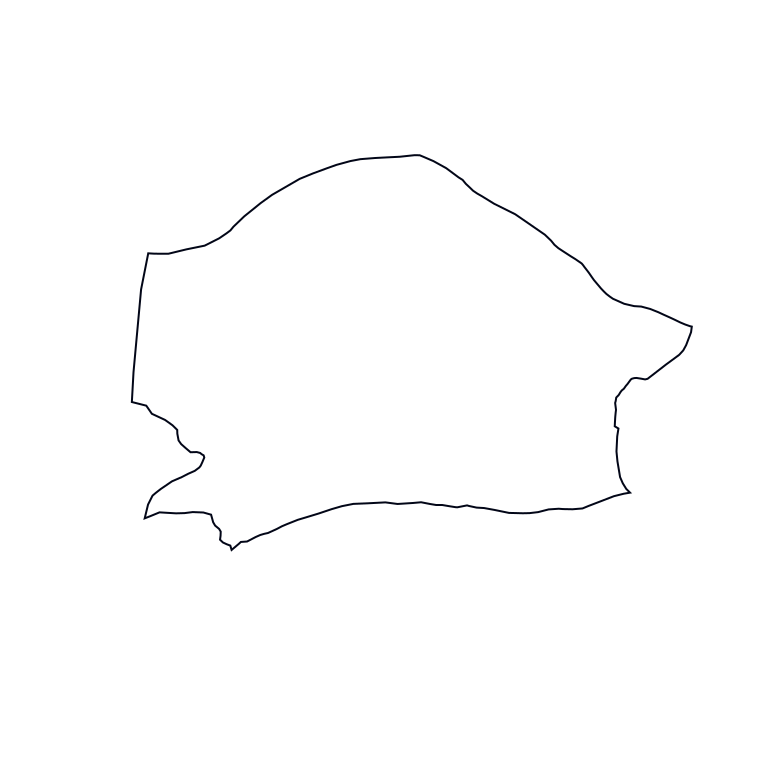 Kaysone Phomvihane, Savannakhét, Laos (Mercator projection), rotated 115°
{"feature_id": "54806243B84595841762541", "entity_name": "Kaysone Phomvihane", "entity_type": "district", "adm_level": 2, "iso_a3": "LAO", "parent_name": "Laos", "parent_adm1": "Savannakhét", "projection": "mercator", "projection_center": [104.87, 16.59], "detail": "fine", "context": "isolated", "style": "outline", "palette": "ink", "viewbox_px": 768, "rotation_deg": 115, "n_neighbors": 0, "source": "geoboundaries", "source_scale": "gbopen_adm2", "svg_char_len": 2626}
<svg xmlns="http://www.w3.org/2000/svg" viewBox="0 0 768 768"><g transform="rotate(115 384 384)"><path d="M598.8,452.0L590.2,448.0L587.7,447.0L587.6,446.9L584.6,441.5L577.0,435.7L573.1,432.3L570.3,429.1L568.1,426.2L560.6,419.8L556.1,416.4L552.2,412.9L543.5,404.7L537.9,398.4L529.1,388.6L519.5,378.5L512.5,370.5L505.6,361.1L499.2,348.7L490.7,332.7L487.0,321.0L479.5,307.3L475.5,300.4L473.3,291.6L471.6,285.5L469.0,279.9L467.1,273.0L465.4,267.1L464.8,265.5L458.9,257.4L458.7,255.9L458.6,255.3L456.9,247.9L454.1,240.8L451.4,230.5L448.0,216.2L445.8,211.2L442.5,203.6L439.5,197.5L435.0,190.2L428.1,181.8L423.2,172.9L421.7,168.9L417.8,160.1L412.9,151.5L408.0,147.0L399.1,138.4L388.5,128.2L382.1,120.3L378.5,115.1L376.7,120.1L373.1,125.6L368.6,130.7L355.5,139.7L346.9,144.8L332.9,150.5L325.3,152.7L324.8,157.0L320.4,158.8L316.1,160.5L311.9,162.0L309.4,162.8L306.2,164.8L303.5,166.5L301.6,166.8L298.1,167.8L294.7,166.6L291.7,166.3L289.4,165.8L286.9,164.6L283.5,164.0L281.1,163.3L278.0,162.7L275.6,162.2L274.4,161.5L272.9,159.7L271.8,157.7L270.5,153.2L269.5,149.3L267.9,147.3L247.3,136.7L232.8,128.8L227.1,127.0L221.1,126.6L207.3,127.6L201.9,129.3L202.3,131.2L202.8,136.2L203.0,141.5L202.9,147.6L202.9,152.6L203.0,160.0L203.0,165.7L203.5,174.5L205.1,183.6L207.7,190.2L209.8,200.2L210.0,212.5L209.3,216.5L208.4,220.5L207.2,223.9L205.7,227.7L203.1,233.3L201.1,237.6L199.0,241.3L196.7,245.2L194.7,249.0L192.9,252.5L192.4,253.3L191.3,255.6L191.2,255.9L189.9,263.7L189.3,268.8L187.9,278.7L187.2,283.4L185.8,288.4L183.5,293.1L180.7,301.3L174.7,336.8L174.1,360.3L172.4,375.0L172.0,379.9L171.2,384.9L169.5,389.8L168.0,394.4L165.8,399.0L165.2,403.8L162.1,418.8L161.1,433.3L161.4,443.5L161.6,448.3L163.7,453.0L171.4,465.8L176.1,474.7L182.9,487.5L190.2,500.4L196.1,508.6L205.5,519.7L212.5,526.8L223.2,537.4L233.7,547.1L259.9,565.4L272.1,572.2L291.1,581.5L305.0,586.9L309.7,588.1L314.0,590.4L321.7,595.0L334.4,605.0L345.5,620.0L357.1,634.5L362.9,647.1L365.2,652.9L401.0,644.1L479.2,616.0L506.9,604.9L504.1,590.3L509.1,581.8L509.1,574.5L509.1,567.2L510.8,558.2L513.0,552.0L516.4,550.3L522.0,546.3L524.2,542.4L525.9,536.7L527.6,530.5L524.8,524.9L524.2,521.5L524.7,519.6L524.9,517.3L526.6,515.8L531.8,515.6L535.5,515.6L537.7,516.1L542.7,518.8L548.1,523.5L554.8,528.7L554.9,528.9L555.0,529.0L561.8,535.0L573.4,541.9L579.3,544.9L583.0,546.6L593.0,546.9L606.9,544.1L602.8,540.2L598.9,536.6L595.2,533.2L592.2,525.6L589.1,517.8L585.3,510.2L580.9,503.2L576.8,493.4L575.5,485.5L581.5,480.4L583.7,477.2L585.0,472.2L586.8,469.6L590.6,468.0L594.4,466.8L595.7,463.0L595.7,458.8L595.4,455.0L598.8,452.0Z" fill="none" stroke="#020617" stroke-width="2"/></g></svg>